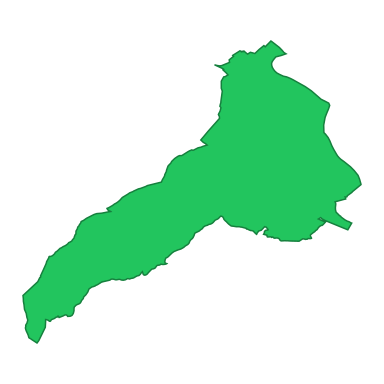 the district of Sarasau, Maramures, Romania
{"feature_id": "2599482B95586202279126", "entity_name": "Sarasau", "entity_type": "district", "adm_level": 2, "iso_a3": "ROU", "parent_name": "Romania", "parent_adm1": "Maramures", "projection": "robinson", "projection_center": [23.792, 47.947], "detail": "fine", "context": "isolated", "style": "filled", "palette": "green", "viewbox_px": 384, "rotation_deg": 0, "n_neighbors": 0, "source": "geoboundaries", "source_scale": "gbopen_adm2", "svg_char_len": 5947}
<svg xmlns="http://www.w3.org/2000/svg" viewBox="0 0 384 384"><path d="M37.0,343.0L38.8,340.6L45.3,327.3L45.6,322.0L45.6,319.5L46.3,319.6L47.9,320.1L49.4,321.2L50.1,321.3L50.6,321.0L51.1,320.1L51.5,319.6L54.1,318.6L55.1,318.0L56.0,317.2L57.3,317.0L57.6,316.4L57.9,316.1L58.2,316.1L58.4,316.3L58.7,316.7L58.8,317.2L59.1,317.5L63.4,315.8L64.6,315.1L65.7,314.9L66.5,315.0L67.3,315.7L67.6,316.4L69.7,316.3L70.6,316.1L71.6,315.6L72.0,315.4L72.9,314.1L73.4,313.1L74.0,310.7L74.0,308.9L74.1,307.6L74.4,306.9L76.4,304.9L77.9,304.3L79.5,303.6L79.9,303.3L80.5,302.7L81.0,301.8L81.6,300.5L81.9,300.1L83.1,298.8L83.3,298.4L83.5,297.7L83.8,296.8L85.8,294.9L87.8,292.0L88.9,289.1L90.5,287.9L91.9,287.0L93.7,286.5L95.4,285.8L95.6,285.5L97.5,284.7L102.0,281.8L102.1,282.0L103.5,281.6L109.2,280.3L110.1,280.0L111.1,279.2L112.3,279.1L113.6,279.2L115.6,279.8L116.5,279.8L119.1,279.3L119.9,279.4L121.4,280.0L123.2,280.2L124.4,280.0L125.6,279.7L127.3,278.7L128.0,278.6L129.1,278.9L129.6,279.0L131.1,278.4L133.0,278.1L134.0,277.7L135.8,276.6L137.2,275.9L139.0,275.5L140.4,274.2L141.1,273.1L142.4,271.7L142.7,272.6L143.3,274.5L144.2,275.1L145.2,275.1L146.3,274.7L147.5,273.8L148.2,272.8L151.5,269.4L152.2,269.0L153.5,268.8L154.7,268.3L155.3,267.8L156.8,265.7L157.6,265.3L159.8,265.0L160.8,264.2L162.1,264.4L163.1,264.5L165.0,264.3L166.6,263.8L166.8,263.6L165.5,263.3L165.1,262.7L164.8,261.8L165.2,259.5L166.0,257.9L167.1,257.5L168.1,256.8L172.0,253.0L173.9,251.6L177.7,250.0L180.9,249.0L183.7,247.4L185.4,245.9L187.8,244.5L189.0,243.2L189.9,241.0L190.9,239.7L192.4,238.5L193.2,237.3L194.1,235.4L194.7,233.5L195.3,232.9L199.1,231.1L199.9,230.5L200.3,230.0L202.4,228.6L203.2,227.3L203.8,226.8L205.0,226.0L206.1,225.6L207.3,225.3L207.8,225.1L208.5,224.5L210.1,224.2L211.0,223.9L212.1,223.3L213.1,222.5L215.2,220.1L217.7,219.0L218.5,218.4L220.5,216.3L220.8,216.1L221.2,216.2L222.2,216.5L223.0,217.2L223.5,218.1L223.7,218.7L224.0,219.4L225.3,220.8L226.5,221.8L227.2,222.6L228.6,224.0L230.9,225.8L231.9,226.1L233.2,226.2L236.2,226.7L239.4,226.7L240.3,227.0L241.5,227.1L246.1,228.3L246.4,228.6L246.5,229.0L246.8,229.1L247.2,229.0L249.5,230.1L250.9,230.6L252.0,230.6L253.5,231.2L254.5,232.5L255.4,233.2L255.5,233.5L256.6,234.3L256.9,233.8L256.9,233.5L257.1,233.2L257.3,232.8L257.7,232.4L258.6,231.1L261.3,230.2L264.7,226.7L265.4,227.0L266.1,227.1L266.8,227.9L267.9,229.2L268.1,229.7L267.9,230.0L267.3,230.1L265.9,230.2L265.1,230.7L264.4,231.7L264.3,233.1L263.6,234.3L266.9,235.2L267.2,236.7L267.6,237.0L271.0,236.8L271.5,237.4L272.8,237.0L273.7,237.9L274.7,238.2L276.0,238.0L277.2,238.0L278.4,238.3L279.2,238.8L280.1,240.3L281.1,240.9L285.0,240.7L286.1,240.8L287.8,240.8L290.7,241.0L299.1,241.2L302.8,238.8L304.7,239.1L305.3,239.4L307.5,239.1L308.0,238.5L310.4,238.6L311.3,238.4L311.5,238.3L311.5,238.1L310.7,236.6L310.4,235.6L310.3,235.2L310.6,234.7L313.3,232.6L314.8,231.6L315.7,230.5L316.9,229.8L317.4,229.2L318.1,228.0L319.6,226.4L321.4,225.4L322.1,225.4L323.1,224.6L325.4,222.1L318.4,219.0L320.7,217.6L322.0,218.8L323.7,219.8L324.6,220.3L347.8,229.8L351.7,223.1L351.1,222.9L348.8,221.6L347.4,221.2L345.0,219.9L341.2,217.1L340.6,216.2L339.7,215.7L339.0,215.1L338.1,214.1L337.5,213.6L336.0,212.0L335.5,209.8L335.4,207.7L335.8,203.9L335.1,201.8L343.2,199.6L345.7,199.0L345.4,197.3L345.2,197.0L346.2,197.0L347.0,196.7L347.2,196.0L347.5,195.6L351.9,192.4L352.4,191.7L361.0,184.6L360.9,183.9L359.6,179.3L358.5,176.5L358.0,175.3L354.3,170.7L350.5,166.8L344.0,161.6L340.8,159.3L339.3,157.9L337.7,156.1L336.3,153.9L333.7,149.4L331.8,145.7L329.9,141.0L328.2,137.7L325.6,134.3L323.9,132.6L323.8,128.9L323.7,125.0L325.1,117.4L327.0,112.5L328.5,109.0L329.7,105.4L328.7,103.1L321.0,99.2L311.3,90.8L305.5,86.8L292.9,79.7L290.3,78.4L287.7,77.3L286.3,76.8L283.4,76.2L279.5,74.4L276.9,73.0L274.9,71.2L273.5,69.4L272.3,67.3L271.7,65.3L271.6,63.4L272.1,61.9L273.2,60.1L275.8,56.9L281.5,55.4L286.0,53.8L283.9,52.5L282.2,50.4L279.4,47.5L276.3,45.1L271.4,41.3L270.9,41.0L265.2,46.8L263.9,45.6L259.2,49.4L254.9,53.5L250.4,52.3L247.6,54.1L245.8,52.7L243.9,51.0L243.0,51.8L242.1,51.2L241.4,51.8L240.0,50.8L232.7,55.4L233.5,56.4L229.2,59.8L229.5,62.4L221.7,65.6L219.8,65.9L217.2,65.5L214.5,64.8L222.5,68.5L223.7,69.3L223.0,69.9L225.8,72.5L228.0,74.9L225.2,76.6L223.7,76.9L221.3,81.2L221.3,88.3L222.3,91.1L220.9,101.4L220.9,102.4L220.3,104.4L219.9,106.3L220.7,107.3L220.9,107.6L220.9,108.0L220.1,111.1L218.6,114.0L218.4,114.6L219.2,116.1L219.4,116.7L219.5,118.4L208.5,130.8L200.8,140.0L203.2,142.3L205.6,143.7L207.1,145.1L203.0,146.3L201.2,147.1L198.1,147.8L193.2,150.3L192.8,150.3L191.9,149.9L191.3,150.1L189.4,150.9L187.8,151.8L182.1,155.4L181.6,155.6L179.6,155.6L178.8,155.9L177.6,156.5L174.7,158.5L171.7,161.4L170.7,163.3L169.3,164.6L168.0,166.1L166.5,170.3L166.4,171.2L166.2,171.8L165.7,172.7L165.2,173.8L164.8,174.6L164.6,175.7L164.4,176.3L163.3,178.2L162.4,179.7L161.4,182.1L147.3,185.6L145.9,186.4L144.6,186.9L140.5,188.4L138.4,188.9L133.6,191.1L132.9,191.6L129.8,192.8L127.6,194.3L122.3,197.5L120.0,200.1L118.2,201.7L116.4,203.0L114.5,204.0L112.5,205.5L108.7,207.7L107.0,208.4L107.5,209.4L107.9,209.9L108.6,210.5L109.4,211.0L110.7,211.4L110.8,211.5L108.2,211.9L101.6,213.2L96.7,213.6L94.0,214.5L86.5,218.3L83.4,220.5L81.4,221.4L81.1,221.6L80.8,222.8L79.3,224.9L79.0,225.8L77.9,226.9L77.4,228.3L77.2,229.2L76.6,230.0L76.3,230.6L76.0,231.1L75.9,234.0L75.3,234.5L75.1,234.9L74.3,236.9L74.1,237.8L74.0,238.1L72.4,239.9L71.8,241.0L70.2,242.0L69.2,242.4L68.7,242.7L67.6,244.0L66.0,245.2L64.4,246.1L63.3,246.5L61.4,247.8L60.1,248.3L57.3,251.0L55.4,252.3L54.5,253.9L52.8,255.4L51.5,256.2L50.7,256.4L49.4,256.4L49.1,256.6L48.6,258.1L46.6,261.7L46.3,263.1L45.7,264.6L43.5,269.5L40.5,276.0L40.7,276.5L40.5,277.3L40.0,277.5L39.7,277.8L37.8,281.7L23.0,295.5L23.3,298.4L23.4,301.4L24.0,304.6L24.5,309.4L26.2,313.3L26.9,317.3L27.8,320.1L26.8,323.5L26.2,324.2L25.7,325.3L25.8,326.7L25.5,327.2L25.5,328.6L26.2,330.8L28.1,334.9L28.9,337.7L37.0,343.0Z" fill="#22c55e" stroke="#15803d" stroke-width="1.5"/></svg>